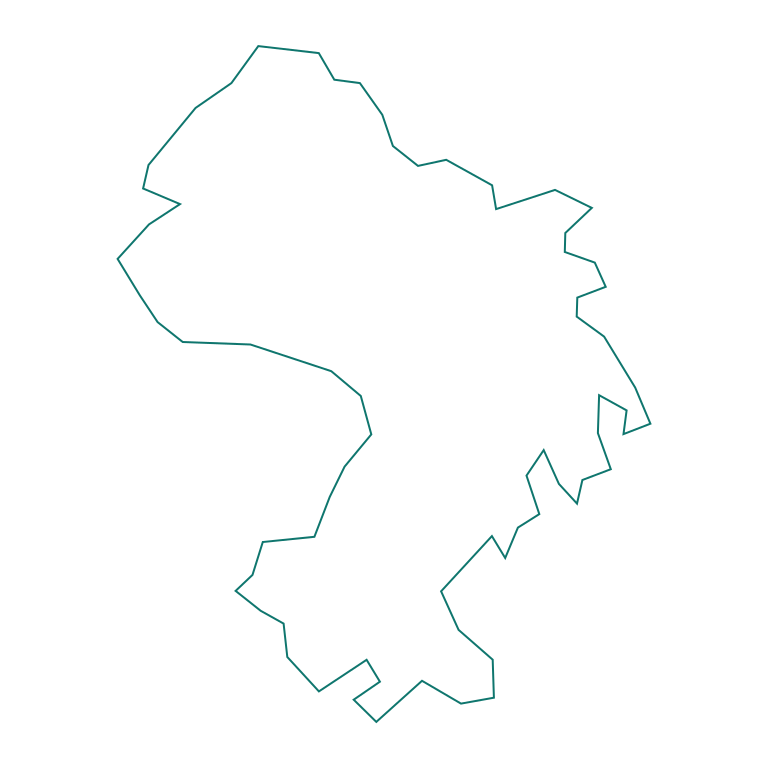 the district of Altinsay, Surkhandarya, Uzbekistan
{"feature_id": "79887680B9573461396891", "entity_name": "Altinsay", "entity_type": "district", "adm_level": 2, "iso_a3": "UZB", "parent_name": "Uzbekistan", "parent_adm1": "Surkhandarya", "projection": "albers", "projection_center": [67.734, 38.171], "detail": "fine", "context": "isolated", "style": "outline", "palette": "teal", "viewbox_px": 768, "rotation_deg": 0, "n_neighbors": 0, "source": "geoboundaries", "source_scale": "gbopen_adm2", "svg_char_len": 962}
<svg xmlns="http://www.w3.org/2000/svg" viewBox="0 0 768 768"><path d="M650.4,423.7L635.2,387.6L604.1,336.6L576.7,316.6L577.3,297.6L605.7,286.8L594.8,262.6L564.8,252.0L565.3,233.0L591.8,207.9L555.0,189.9L496.1,209.1L492.1,185.3L446.2,159.8L418.0,165.9L392.9,146.0L382.3,114.8L359.9,83.1L334.3,79.7L318.8,53.1L258.3,46.1L231.4,83.1L195.6,107.9L148.5,165.0L143.1,188.5L180.0,204.1L149.0,224.4L117.6,258.9L139.8,295.3L157.6,322.1L182.7,342.0L250.4,344.5L331.3,371.2L360.8,396.0L371.3,434.4L344.6,466.6L329.7,497.0L314.4,536.8L262.8,542.0L252.5,574.9L235.6,590.9L260.7,610.8L283.6,623.6L287.3,657.0L318.9,691.4L366.6,659.8L379.9,681.7L353.7,699.7L376.3,721.9L422.0,680.8L461.0,703.6L493.9,697.7L492.7,659.7L458.6,629.9L441.1,591.3L491.9,536.1L505.2,558.0L517.9,527.6L539.3,514.1L526.5,475.6L543.7,450.1L558.9,483.9L577.0,503.6L582.4,480.0L610.8,469.2L597.9,433.1L599.1,395.2L626.6,410.4L623.5,434.1L650.4,423.7Z" fill="none" stroke="#0f766e" stroke-width="2"/></svg>